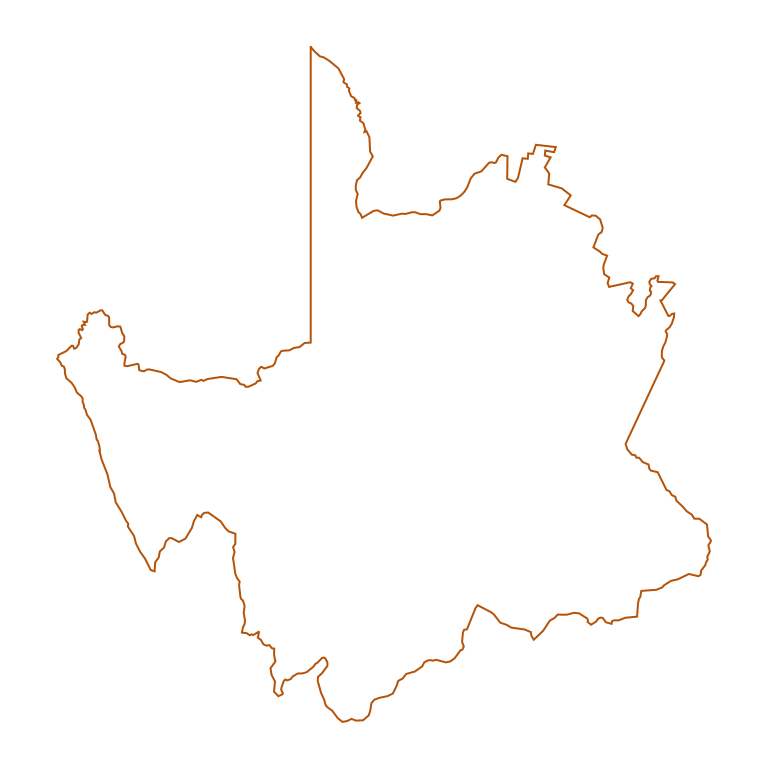 SVG path tracing the border of Northern Cape
{"feature_id": "ZAF-1188", "entity_name": "Northern Cape", "entity_type": "Province", "adm_level": 1, "iso_a3": "ZAF", "parent_name": "South Africa", "parent_adm1": "", "projection": "mercator", "projection_center": [20.625, -28.845], "detail": "fine", "context": "isolated", "style": "outline", "palette": "amber", "viewbox_px": 768, "rotation_deg": 0, "n_neighbors": 0, "source": "natural_earth", "source_scale": "10m", "svg_char_len": 6059}
<svg xmlns="http://www.w3.org/2000/svg" viewBox="0 0 768 768"><path d="M100.9,310.2L102.4,310.5L105.2,314.9L108.4,316.1L109.1,317.5L109.2,325.1L110.8,327.0L113.1,327.4L117.7,326.3L120.3,326.6L122.2,333.0L124.3,336.3L124.2,340.4L123.6,342.3L120.0,344.3L118.8,346.5L121.3,350.6L122.3,353.9L124.9,354.8L125.7,356.6L124.4,363.3L124.5,365.8L127.2,366.2L137.5,363.8L138.6,364.6L139.2,370.0L140.8,370.7L144.0,371.3L146.9,369.6L149.3,369.4L161.3,372.1L166.4,374.8L170.8,378.5L179.6,382.1L189.9,380.3L196.3,381.8L201.5,379.8L203.4,380.9L207.6,379.0L221.5,376.9L236.5,379.2L240.3,384.1L244.2,384.9L245.7,386.8L248.5,386.7L255.6,383.5L257.4,381.2L260.7,380.5L257.5,373.0L259.0,368.9L260.8,367.0L261.8,367.0L264.3,368.5L272.7,365.9L274.7,363.6L276.8,357.0L278.4,355.7L280.9,351.5L282.3,350.8L289.5,350.3L293.9,347.9L299.5,347.1L304.6,343.0L310.7,342.6L310.7,46.1L311.1,47.4L314.2,51.1L319.8,56.3L323.6,57.3L329.1,60.7L338.4,68.4L344.2,79.2L343.4,81.7L344.1,82.8L346.8,84.2L347.1,86.8L349.4,88.4L348.9,90.7L351.2,96.3L354.5,98.0L355.2,100.3L356.3,100.2L355.9,102.7L358.5,102.3L359.5,103.1L357.3,104.5L356.9,105.8L356.7,108.0L360.0,110.9L360.6,113.0L358.1,115.4L358.4,116.2L360.5,117.1L359.9,120.6L363.1,122.9L363.8,124.4L365.3,129.7L364.5,132.0L366.6,131.3L369.4,137.3L370.1,151.5L372.8,156.4L366.5,168.0L362.3,173.3L360.2,177.4L357.0,180.2L355.8,185.5L355.8,189.9L357.7,193.8L356.0,201.1L356.5,206.5L358.2,211.7L360.8,214.4L362.0,217.8L373.6,210.9L377.6,210.3L383.6,213.5L393.1,215.6L401.7,213.7L405.7,213.9L411.8,212.3L415.1,212.2L420.3,214.1L426.5,214.2L432.3,215.4L439.4,210.7L440.5,207.8L439.8,201.3L440.7,200.5L444.9,199.4L451.9,199.3L456.5,198.2L460.7,195.6L464.3,191.9L467.1,187.6L470.8,178.3L474.5,173.7L481.3,171.4L489.1,162.7L491.4,162.3L494.7,163.0L495.9,162.5L498.4,157.6L501.4,154.8L507.5,156.2L507.2,178.8L515.4,181.9L518.0,177.9L522.6,158.3L527.8,158.8L528.2,153.4L532.9,153.9L535.9,144.8L555.8,147.1L554.1,152.2L545.3,150.6L544.8,155.5L550.6,157.4L544.8,167.4L549.2,173.5L548.3,184.4L561.8,188.4L570.7,195.4L564.4,205.2L589.9,217.3L591.7,215.5L595.7,215.7L600.1,219.4L602.7,227.8L601.8,231.8L598.3,234.6L593.4,247.4L600.3,251.9L602.0,253.8L607.1,255.7L603.6,265.1L603.3,267.9L604.1,274.1L609.3,277.6L607.6,283.1L609.1,286.9L630.4,282.2L632.8,283.7L630.8,288.3L633.1,290.2L631.0,294.0L628.7,296.3L627.2,299.7L628.5,302.3L631.3,303.5L633.3,306.1L632.7,311.0L638.5,316.1L640.4,314.1L641.7,311.3L645.1,308.0L645.8,305.4L645.9,300.1L647.8,297.0L650.1,295.6L650.9,293.8L651.0,291.7L649.8,290.7L650.2,287.6L651.5,286.0L649.8,284.3L649.3,281.8L651.1,278.9L654.6,278.2L656.0,276.3L658.5,276.2L657.4,280.8L658.0,281.9L672.6,282.4L675.1,284.1L661.8,300.3L660.5,300.5L668.3,315.9L669.5,316.0L672.1,313.9L674.2,313.5L673.9,317.4L671.9,323.4L669.6,327.3L666.0,330.3L665.6,331.4L667.2,334.0L667.0,336.5L665.4,342.4L663.4,346.2L662.0,350.6L661.7,355.8L662.3,358.1L664.3,360.4L664.1,361.3L625.6,443.9L627.3,449.3L631.9,454.7L635.3,455.3L636.3,457.6L639.2,457.8L642.6,462.0L648.5,464.5L649.4,469.0L650.9,470.6L657.7,472.2L666.5,490.0L669.3,491.1L671.9,495.1L675.3,496.8L676.4,500.7L682.7,506.6L686.6,511.2L691.9,514.7L694.2,518.6L699.4,518.8L707.0,524.5L708.1,536.4L710.9,540.3L710.5,542.2L708.7,544.4L708.5,546.0L709.8,551.5L707.3,556.6L707.7,559.5L705.8,563.0L705.4,565.0L701.2,570.5L700.6,574.8L698.5,576.2L688.8,574.0L677.8,579.3L670.9,580.9L664.0,585.3L662.2,587.4L656.3,589.8L641.3,590.9L640.3,597.0L638.9,599.0L638.0,603.7L637.1,616.6L625.2,617.8L618.4,620.4L614.1,620.3L612.1,621.1L611.6,623.8L605.9,622.3L602.7,617.9L600.6,617.6L598.3,618.5L596.2,621.5L591.1,624.7L587.7,622.0L587.9,620.1L587.2,618.5L579.2,613.4L574.2,612.8L566.7,614.7L557.7,614.6L554.5,618.0L549.9,620.5L543.3,630.6L533.8,639.7L531.5,636.0L530.7,632.0L524.6,629.5L511.2,627.6L506.8,624.9L500.3,622.7L493.8,614.3L491.0,612.2L477.6,605.2L475.5,608.1L467.0,629.3L464.1,629.8L462.9,632.6L462.1,641.9L463.8,646.6L462.3,649.8L460.6,650.2L454.5,658.4L450.3,661.4L445.9,662.4L436.0,659.8L433.1,660.7L430.1,660.1L427.8,660.5L424.3,662.3L422.2,666.4L414.9,671.5L406.3,673.9L402.7,678.5L398.2,680.9L396.8,685.5L392.8,693.6L387.3,696.2L379.8,697.7L374.5,699.6L371.5,703.0L370.2,711.0L368.7,715.4L363.0,720.3L356.0,720.6L351.5,718.9L347.3,721.0L342.5,721.9L337.7,718.1L332.2,710.7L327.2,707.1L325.5,704.8L324.4,700.3L321.0,692.7L317.7,680.9L318.0,676.9L322.1,673.1L327.4,665.9L327.4,662.4L325.5,658.6L324.2,657.6L322.1,657.9L317.6,662.6L315.6,663.7L313.3,666.8L306.6,672.2L302.6,673.4L297.7,673.5L292.6,676.5L290.7,679.1L287.0,680.4L285.3,679.5L283.9,680.8L281.6,687.1L281.2,689.8L282.9,693.4L282.5,694.2L278.4,696.2L274.0,691.6L275.0,681.5L271.5,674.7L270.5,668.2L275.4,661.5L274.1,655.0L274.2,648.6L272.0,648.3L269.3,645.1L266.6,645.7L263.4,644.3L260.9,639.9L257.8,637.6L259.0,632.2L258.6,631.8L253.2,635.1L251.6,634.4L249.7,635.2L246.7,633.2L241.9,632.6L243.1,627.0L244.6,624.1L245.0,620.3L243.7,613.0L244.6,605.8L242.9,600.5L241.0,598.8L240.4,596.8L239.1,585.4L239.6,581.5L236.9,577.9L235.3,573.6L233.0,557.8L234.6,552.1L233.1,547.1L235.3,543.9L235.4,533.8L228.5,531.3L225.2,528.0L220.7,521.4L208.1,512.5L204.2,512.9L202.2,514.7L201.1,517.2L197.2,515.0L193.8,521.5L191.9,527.9L185.4,538.7L178.9,542.0L171.8,538.2L169.3,538.1L165.8,541.5L164.1,547.4L159.8,551.5L158.7,557.5L155.2,562.3L154.6,571.3L150.8,570.1L145.0,558.6L139.9,551.4L135.9,543.4L134.1,536.1L127.9,526.6L128.2,523.5L126.4,521.4L121.7,512.0L115.7,502.2L114.1,493.6L110.3,487.0L107.4,474.2L101.5,459.3L99.4,450.7L99.9,450.7L99.4,446.2L97.7,440.5L96.7,439.8L95.9,434.8L90.6,419.8L87.0,414.9L85.5,409.9L84.0,407.6L84.1,405.7L82.6,401.8L82.7,398.5L81.5,396.6L76.9,392.5L74.6,387.2L71.4,382.6L66.5,378.4L65.0,373.7L64.8,369.1L63.8,366.5L61.8,365.7L60.2,362.2L57.1,358.8L58.3,357.1L58.3,355.0L66.3,351.1L71.7,345.7L73.1,345.8L74.0,348.5L75.2,348.6L76.6,347.4L78.7,344.3L79.4,339.4L81.2,338.0L78.6,332.8L78.7,329.7L79.9,329.1L82.0,330.2L82.7,329.6L82.8,328.6L81.7,326.2L82.3,325.1L85.0,324.9L83.6,321.7L86.6,322.1L87.1,321.2L87.6,314.7L89.6,312.7L91.6,313.9L94.3,312.2L96.2,312.7L100.9,310.2Z" fill="none" stroke="#b45309" stroke-width="2"/></svg>